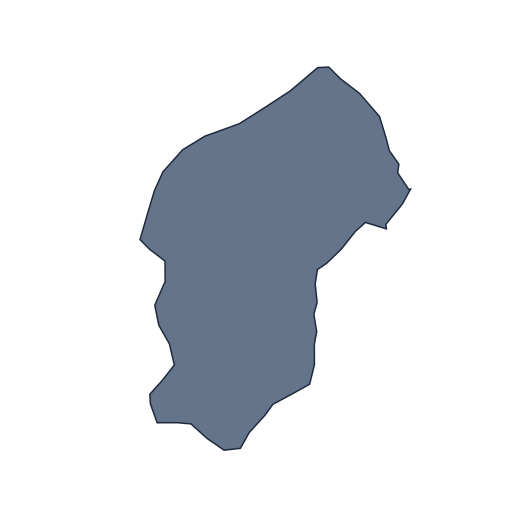 the district of Mönsterås, Kalmar, Sweden, rotated 222°
{"feature_id": "70781695B14809952368056", "entity_name": "Mönsterås", "entity_type": "district", "adm_level": 2, "iso_a3": "SWE", "parent_name": "Sweden", "parent_adm1": "Kalmar", "projection": "albers", "projection_center": [16.333, 57.094], "detail": "fine", "context": "isolated", "style": "filled", "palette": "slate", "viewbox_px": 512, "rotation_deg": 222, "n_neighbors": 0, "source": "geoboundaries", "source_scale": "gbopen_adm2", "svg_char_len": 847}
<svg xmlns="http://www.w3.org/2000/svg" viewBox="0 0 512 512"><g transform="rotate(222 256 256)"><path d="M328.4,445.1L336.2,437.3L341.1,401.3L349.7,369.0L357.0,343.0L374.2,310.8L381.6,286.0L381.5,256.3L375.2,236.6L365.3,215.6L353.2,190.6L339.3,189.8L320.2,191.3L306.5,176.3L298.3,151.7L281.9,139.5L261.5,132.7L243.8,120.4L242.4,101.3L242.4,82.3L235.6,75.5L217.9,65.9L202.9,79.5L192.0,87.7L170.2,87.7L149.8,90.3L147.4,93.0L138.9,102.6L142.9,120.3L142.8,143.5L144.2,157.1L135.9,180.3L130.4,196.7L139.9,214.4L153.6,229.5L160.4,240.5L174.0,251.4L179.5,262.4L193.2,274.7L201.3,287.0L198.6,298.0L197.2,318.5L198.6,340.4L197.2,354.1L177.2,363.4L180.7,366.5L182.0,392.5L185.9,409.2L187.1,407.7L206.4,412.6L211.2,419.8L227.4,423.5L238.7,431.0L257.6,442.3L287.8,446.1L312.3,444.2L328.4,445.1Z" fill="#64748b" stroke="#1e293b" stroke-width="1.5"/></g></svg>